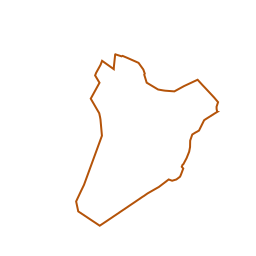 Al Wazi'yah, Ta`izz, Yemen (orthographic projection), rotated 325°
{"feature_id": "15242507B35226342487044", "entity_name": "Al Wazi'yah", "entity_type": "district", "adm_level": 2, "iso_a3": "YEM", "parent_name": "Yemen", "parent_adm1": "Ta`izz", "projection": "orthographic", "projection_center": [43.764, 13.18], "detail": "fine", "context": "isolated", "style": "outline", "palette": "amber", "viewbox_px": 256, "rotation_deg": 325, "n_neighbors": 0, "source": "geoboundaries", "source_scale": "gbopen_adm2", "svg_char_len": 1199}
<svg xmlns="http://www.w3.org/2000/svg" viewBox="0 0 256 256"><g transform="rotate(325 128 128)"><path d="M59.4,149.3L53.5,152.6L43.4,158.4L43.0,159.3L39.4,167.8L44.3,180.3L48.8,191.8L57.1,192.0L74.8,192.3L86.6,192.5L91.8,192.6L92.7,192.6L100.6,192.7L101.8,192.8L103.4,192.8L104.8,192.8L106.5,192.8L115.3,193.6L119.4,194.0L131.8,193.5L133.9,196.5L138.1,197.9L141.5,197.8L142.8,197.7L144.2,196.8L144.3,196.8L150.0,192.9L149.8,190.6L151.6,189.4L152.6,189.4L157.5,186.9L158.7,186.3L164.5,182.5L167.9,179.2L171.7,174.0L176.9,170.2L180.7,170.4L182.1,170.6L184.7,170.8L194.8,165.3L196.3,165.3L207.1,165.8L209.0,165.9L210.5,166.0L210.4,165.9L211.4,163.4L212.7,161.4L216.6,158.5L216.2,154.2L216.1,153.0L215.2,146.4L214.1,138.7L213.8,136.8L213.6,135.4L212.7,128.4L197.9,125.8L187.0,124.6L179.9,118.8L178.4,117.4L174.7,113.7L174.0,112.1L169.4,101.8L169.3,101.6L171.9,93.6L172.9,93.1L174.1,88.9L174.0,80.7L172.4,78.0L171.0,75.7L167.8,70.4L164.9,65.8L163.8,65.6L163.3,64.9L159.9,60.4L159.6,60.5L151.5,69.8L150.1,71.6L145.3,58.1L145.0,58.3L141.8,60.5L133.6,64.5L131.2,66.1L130.6,74.6L114.3,82.6L112.9,99.4L111.3,103.2L110.3,105.3L102.2,119.4L59.4,149.3Z" fill="none" stroke="#b45309" stroke-width="2"/></g></svg>